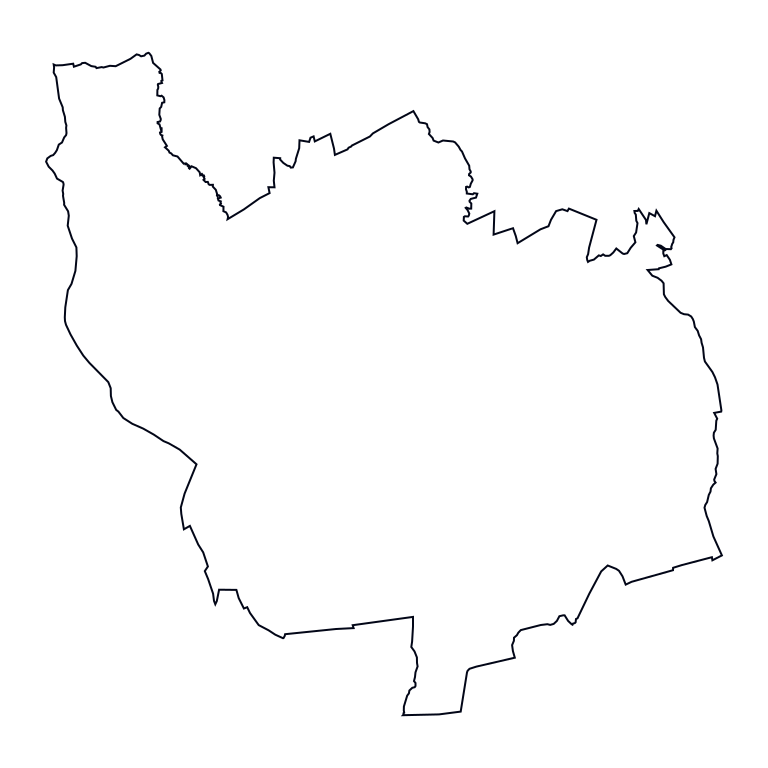 outline of Tibanesti, Iasi, Romania
{"feature_id": "2599482B76304798258418", "entity_name": "Tibanesti", "entity_type": "district", "adm_level": 2, "iso_a3": "ROU", "parent_name": "Romania", "parent_adm1": "Iasi", "projection": "mercator", "projection_center": [27.32, 46.923], "detail": "fine", "context": "isolated", "style": "outline", "palette": "ink", "viewbox_px": 768, "rotation_deg": 0, "n_neighbors": 0, "source": "geoboundaries", "source_scale": "gbopen_adm2", "svg_char_len": 6018}
<svg xmlns="http://www.w3.org/2000/svg" viewBox="0 0 768 768"><path d="M460.7,711.6L467.0,672.4L467.6,670.8L469.5,668.8L476.4,666.6L514.8,657.7L512.9,651.0L512.1,645.1L513.9,640.8L514.0,637.7L516.9,635.2L518.3,632.7L520.8,630.1L540.8,625.0L547.4,624.2L550.2,624.9L553.7,623.9L556.9,620.9L559.4,616.2L563.3,615.3L564.6,615.3L568.1,620.9L571.6,624.2L572.5,624.7L573.0,623.6L574.8,623.1L575.6,622.3L576.0,619.0L577.5,618.3L589.3,593.7L601.2,571.4L607.7,565.5L616.2,568.9L619.0,570.8L622.5,576.3L625.7,584.6L631.6,581.8L673.0,570.2L673.1,567.8L681.8,565.1L711.9,557.2L712.4,560.3L721.9,555.4L713.4,536.5L708.8,521.1L706.7,516.0L704.5,507.7L705.3,504.9L707.1,502.1L708.8,494.9L710.5,491.6L710.9,488.3L713.3,484.6L715.6,482.6L714.4,480.9L714.2,479.5L716.4,474.1L715.6,468.9L717.6,463.7L717.8,456.1L717.3,453.5L717.6,448.5L713.9,438.4L713.6,435.6L713.9,432.7L715.7,429.8L716.3,420.7L717.2,418.7L714.2,412.9L721.2,411.6L721.4,410.4L717.5,384.5L715.0,377.3L712.4,372.0L704.9,361.5L704.0,357.8L703.0,347.4L701.6,342.8L701.1,339.2L699.1,335.4L697.7,330.9L694.9,327.1L693.8,321.5L692.8,319.0L691.2,316.5L688.1,314.6L684.0,314.2L680.6,312.8L668.2,301.0L665.3,297.1L663.9,294.3L663.6,283.3L661.6,280.8L657.6,277.8L652.3,275.7L647.6,270.0L658.7,269.2L659.0,268.3L665.6,266.7L671.4,264.4L669.9,259.8L666.7,255.1L664.3,256.2L663.3,253.5L663.3,251.0L664.6,250.4L657.0,245.5L657.6,244.9L660.8,245.7L665.6,249.0L670.9,249.2L671.6,248.2L671.2,247.1L672.3,243.7L673.2,242.4L673.5,239.8L674.5,237.3L663.7,222.2L656.4,210.7L655.0,216.2L649.3,213.1L646.4,224.3L646.0,220.0L638.7,209.0L637.8,210.9L634.4,211.0L634.7,213.0L635.8,214.6L636.3,220.8L637.5,223.1L636.1,232.5L633.8,236.1L635.4,242.3L630.7,247.8L627.3,253.2L624.1,254.0L622.6,253.5L616.3,248.5L613.3,252.5L610.3,255.2L608.9,255.8L605.2,255.8L603.1,254.4L600.8,256.0L598.8,255.4L593.9,259.6L589.6,260.8L588.0,261.9L587.2,259.9L586.8,257.2L588.1,254.2L589.1,247.6L596.5,219.8L568.9,208.6L567.5,211.1L562.3,209.3L556.1,211.1L551.0,219.8L548.5,226.2L540.5,229.3L517.6,243.2L515.8,236.1L513.0,228.2L493.6,234.6L494.4,211.2L467.3,223.8L463.7,220.6L463.9,216.9L464.9,216.3L468.1,216.5L468.8,215.6L469.3,213.6L467.6,210.1L465.7,207.9L466.3,207.5L469.4,208.7L471.2,208.6L471.3,203.5L469.6,201.7L469.5,200.7L470.8,198.9L476.0,197.6L477.3,193.7L474.0,193.2L472.8,194.3L466.8,193.5L466.8,191.7L466.0,189.3L466.1,186.9L467.1,186.6L468.8,187.4L469.9,186.9L470.8,183.7L472.6,180.4L472.6,179.3L471.0,176.6L469.0,175.3L469.1,174.0L470.7,172.5L470.7,171.4L469.5,169.3L469.2,165.7L465.0,158.4L462.0,151.5L460.5,149.9L458.7,146.6L455.1,142.4L453.2,141.5L443.0,140.5L438.4,142.5L433.6,140.6L432.6,138.0L428.9,134.0L429.6,132.0L429.4,129.4L427.6,127.1L427.0,124.2L425.2,123.3L419.8,122.5L418.9,121.8L418.2,119.3L413.4,111.1L388.6,124.2L372.9,133.4L369.9,136.5L351.8,145.6L351.2,146.5L348.6,147.7L347.5,149.4L334.9,154.9L334.0,148.6L330.3,133.8L314.8,141.4L313.6,136.4L310.5,137.7L309.1,141.9L299.5,140.3L299.2,148.2L295.9,158.8L295.6,161.3L292.9,167.4L290.8,167.6L289.7,166.1L287.4,165.7L283.3,162.9L280.1,159.5L280.2,158.2L273.8,157.7L273.6,162.4L274.5,172.7L273.8,180.7L274.5,187.3L268.4,187.2L269.6,193.1L259.8,198.1L243.9,209.4L227.6,219.2L228.1,217.0L227.5,214.8L226.1,212.4L223.4,211.2L223.5,206.7L220.0,205.1L219.9,204.5L221.0,203.5L220.5,202.2L220.8,201.4L218.5,200.5L217.9,198.5L220.7,197.6L220.1,196.3L218.8,195.2L217.8,195.2L217.5,196.3L216.9,195.4L217.1,194.0L215.8,189.8L212.8,186.6L212.9,184.8L209.7,184.9L208.7,184.3L207.8,181.9L205.6,182.0L203.5,179.9L204.6,178.9L203.8,177.5L204.3,176.7L204.0,175.7L203.1,176.0L202.0,175.3L202.5,174.6L201.9,173.9L200.2,175.2L199.7,172.3L196.0,168.2L191.6,166.3L189.6,168.7L189.0,168.2L189.7,166.3L188.9,165.6L188.2,166.4L187.5,165.7L187.6,164.6L186.8,163.9L185.7,164.2L185.7,163.4L183.7,163.7L177.5,156.5L172.9,155.3L171.2,153.4L169.5,152.6L168.7,150.7L165.0,147.3L166.9,145.9L162.7,139.3L162.1,136.4L162.4,135.5L160.9,134.9L160.2,133.8L160.0,132.5L161.6,131.9L161.6,128.2L161.1,128.1L160.8,129.1L159.5,124.4L157.6,123.3L157.6,122.0L160.0,121.5L160.6,120.3L160.8,119.0L159.3,114.8L159.7,108.5L161.2,106.9L162.1,102.8L164.3,102.3L164.4,100.1L163.6,97.4L161.6,95.7L160.4,96.2L157.3,95.4L157.4,89.9L158.1,88.7L158.3,86.9L157.8,84.8L158.1,84.0L162.0,83.0L161.4,81.7L161.4,80.8L162.5,80.4L161.8,74.0L160.8,73.0L159.6,72.9L159.3,71.8L160.7,70.5L160.5,69.5L153.1,62.9L151.3,55.9L149.2,53.2L148.4,52.8L146.1,53.7L144.4,55.6L141.1,56.3L139.0,55.0L136.6,54.4L130.5,58.8L115.7,66.2L109.9,65.8L103.5,67.5L101.6,67.1L96.5,68.1L95.6,66.8L91.3,66.1L85.2,62.8L82.1,63.1L80.8,64.4L73.9,66.7L73.2,63.7L62.6,65.2L55.8,65.4L53.7,64.5L54.1,67.4L53.7,72.6L56.2,77.1L59.1,98.6L62.7,107.3L62.9,110.2L64.9,116.8L65.3,121.9L66.4,125.4L66.1,127.9L66.5,133.1L66.1,135.1L64.2,137.4L62.0,142.5L58.8,144.6L56.9,150.1L55.2,152.8L53.2,155.1L50.7,155.9L47.3,158.4L46.1,161.7L48.7,166.7L52.5,170.5L54.7,173.6L57.0,178.6L62.9,182.0L63.4,183.2L63.6,184.6L62.6,190.6L63.2,193.9L63.0,195.8L64.2,202.9L64.1,204.8L68.1,211.3L68.8,215.7L67.7,225.7L72.0,238.6L76.4,247.4L76.7,256.2L75.4,270.9L71.5,283.9L67.9,290.1L65.3,307.3L64.8,317.3L65.0,321.1L66.0,324.8L70.5,334.4L76.8,345.6L83.3,355.6L89.4,362.9L108.3,382.1L110.7,388.2L110.9,396.0L112.4,402.2L116.2,409.9L118.4,411.6L123.3,418.0L132.3,423.8L143.2,428.6L153.8,434.6L163.5,441.1L168.7,443.3L179.7,449.6L196.5,464.3L184.6,493.6L180.8,507.5L181.3,513.9L183.9,529.3L189.9,525.9L198.2,544.5L203.2,552.4L207.9,566.5L204.8,571.1L208.1,579.0L213.1,593.7L214.0,600.9L215.3,604.3L216.8,601.1L219.1,589.7L236.4,589.9L238.7,598.1L243.9,608.5L247.2,607.2L250.0,613.0L258.7,625.1L268.6,630.3L275.3,634.7L283.0,638.2L283.5,638.1L284.7,636.0L285.1,634.2L336.1,629.0L353.6,628.1L352.7,625.2L413.0,616.9L413.0,626.6L412.1,641.6L411.3,647.0L414.5,651.4L416.9,657.4L417.0,662.9L417.6,666.4L415.5,672.3L415.0,677.0L414.0,681.1L415.5,683.0L415.5,686.0L414.7,687.2L412.3,687.8L409.4,690.5L408.9,693.4L407.2,695.6L403.9,706.5L403.8,710.5L404.2,712.7L403.5,713.2L403.5,714.6L403.0,715.2L439.0,714.4L460.7,711.6Z" fill="none" stroke="#020617" stroke-width="2"/></svg>